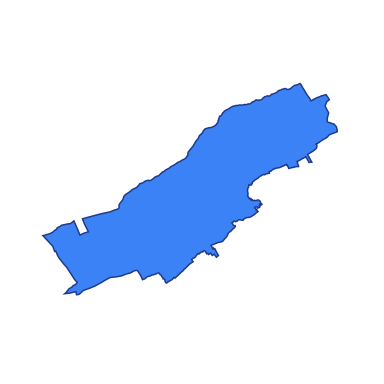 outline of Gherghesti, Vaslui, Romania, rotated 78°
{"feature_id": "2599482B70910765176420", "entity_name": "Gherghesti", "entity_type": "district", "adm_level": 2, "iso_a3": "ROU", "parent_name": "Romania", "parent_adm1": "Vaslui", "projection": "equal_earth", "projection_center": [27.522, 46.523], "detail": "fine", "context": "isolated", "style": "filled", "palette": "blue", "viewbox_px": 384, "rotation_deg": 78, "n_neighbors": 0, "source": "geoboundaries", "source_scale": "gbopen_adm2", "svg_char_len": 6058}
<svg xmlns="http://www.w3.org/2000/svg" viewBox="0 0 384 384"><g transform="rotate(78 192 192)"><path d="M268.5,326.3L268.6,325.0L268.5,323.7L268.3,323.0L266.0,319.2L265.4,316.7L264.9,312.3L263.8,306.6L261.6,299.1L260.5,296.2L258.6,289.9L259.3,283.1L259.4,277.9L258.6,273.8L258.4,269.5L258.0,267.6L257.4,266.3L257.1,264.9L257.1,263.1L257.3,262.1L257.6,261.6L263.2,259.5L267.5,258.6L267.0,255.8L266.1,254.5L265.5,252.9L265.5,250.6L264.8,248.2L265.0,247.3L264.6,243.9L264.1,242.7L264.2,241.4L266.3,240.3L266.9,239.5L268.8,239.0L269.5,238.3L271.0,238.4L271.2,237.4L271.6,237.0L272.8,236.8L274.1,236.9L274.6,236.7L275.7,236.1L275.7,235.5L274.9,233.9L273.6,229.8L272.6,228.3L271.7,227.4L272.7,226.5L269.3,220.9L268.3,219.5L268.3,219.2L267.6,218.1L267.5,217.6L266.4,216.2L266.0,216.1L265.8,215.2L262.0,209.3L260.7,206.2L260.6,205.6L260.5,205.4L257.9,206.4L257.0,204.6L256.9,203.5L256.6,202.7L253.4,199.0L254.2,198.2L253.6,197.5L253.5,196.9L252.8,195.8L252.7,195.3L252.8,193.9L252.4,193.9L252.3,193.4L251.9,192.9L252.3,191.6L255.6,190.4L255.2,189.3L256.6,188.8L255.7,186.6L258.3,185.4L257.5,183.2L260.9,181.7L259.6,179.3L256.6,180.3L252.1,181.5L252.2,182.6L251.2,182.8L251.7,183.5L248.1,184.4L247.1,178.2L246.8,177.3L246.9,175.2L246.8,172.8L246.4,172.0L244.4,169.5L243.0,167.4L240.7,165.5L240.1,165.3L239.4,164.5L238.3,161.9L237.5,161.1L237.0,159.9L236.4,159.5L236.1,159.0L236.0,158.3L234.9,156.9L234.5,156.7L233.9,156.8L233.3,158.2L233.0,158.5L231.1,159.0L230.5,159.5L229.9,157.9L229.2,157.0L229.1,156.5L230.1,155.7L230.0,155.3L230.0,154.3L228.8,151.9L230.3,148.0L229.5,147.2L229.0,146.2L228.6,144.9L228.4,143.6L228.7,142.0L228.5,139.5L227.7,137.4L227.1,136.5L227.2,135.9L225.9,133.8L225.6,132.9L224.9,131.5L223.7,132.1L223.6,132.6L223.2,132.8L223.1,132.4L222.9,132.3L221.6,133.3L220.3,134.0L219.7,133.2L219.6,132.5L220.2,131.4L221.4,131.3L221.1,129.3L221.0,128.9L220.4,128.6L220.1,128.8L220.1,129.1L219.3,129.0L219.2,127.2L218.6,126.1L218.1,126.3L218.0,127.9L217.7,128.7L217.6,128.0L217.2,127.2L216.3,127.0L214.8,127.5L213.6,128.7L213.5,128.9L213.6,131.5L213.4,132.6L213.1,132.7L213.1,133.1L213.1,133.9L213.0,134.2L212.2,134.5L212.2,135.0L212.4,135.7L212.3,135.8L212.1,135.9L211.9,135.5L211.2,135.4L210.4,136.0L210.7,137.9L210.4,137.5L209.9,137.4L208.8,137.7L208.5,137.8L208.4,138.3L207.8,138.4L206.3,137.8L205.6,137.9L205.1,137.5L202.0,137.5L201.5,137.0L200.8,137.0L199.6,136.6L199.5,135.8L196.8,135.0L196.8,134.7L197.1,134.1L197.1,133.6L197.5,133.3L197.4,132.3L197.0,132.0L196.5,132.1L196.4,131.6L196.0,131.1L195.1,131.1L194.5,129.8L193.4,128.1L192.4,125.2L192.2,124.5L191.5,123.7L190.7,122.0L190.6,121.1L189.8,119.2L189.7,118.0L190.2,117.8L190.2,117.2L189.9,116.7L189.7,115.0L189.8,114.1L189.6,113.6L189.8,112.4L189.0,112.3L188.3,112.4L187.9,111.2L187.9,110.0L187.3,109.4L186.5,107.2L186.3,106.0L186.4,105.4L186.1,104.9L186.3,103.6L186.3,100.8L185.8,98.9L185.7,97.8L185.3,97.4L185.5,97.0L185.4,96.6L184.6,94.5L184.5,94.3L185.4,94.1L185.2,93.7L185.3,93.3L187.8,92.7L189.1,92.5L188.9,88.7L189.1,87.1L188.8,85.3L189.0,83.7L189.4,82.9L189.2,82.4L184.0,82.9L183.8,81.9L183.1,79.2L182.4,77.4L181.8,75.0L181.4,74.1L181.0,73.6L183.8,72.5L187.4,71.4L187.7,68.6L179.2,71.2L178.3,68.3L177.2,65.2L176.3,63.2L175.3,61.6L174.6,60.9L173.0,60.2L171.9,60.1L171.0,60.8L170.7,60.7L170.5,58.9L167.8,52.5L167.1,49.7L166.4,48.3L164.7,45.9L164.4,44.9L163.4,37.9L163.1,37.3L160.3,37.1L158.0,37.3L155.0,39.0L154.0,41.1L153.0,42.5L152.0,44.4L151.7,44.8L151.0,45.0L148.0,44.4L143.1,41.9L135.8,43.9L135.4,43.9L131.9,41.5L131.3,40.7L130.6,39.0L130.1,38.4L124.6,40.7L124.9,44.2L124.9,45.5L125.4,47.5L125.7,50.1L126.2,52.2L127.0,54.2L126.8,54.4L127.1,54.8L127.6,56.6L124.4,57.6L121.7,58.9L118.8,60.0L114.6,61.4L112.4,62.3L110.8,62.6L108.3,63.7L109.0,66.8L109.1,69.8L111.4,74.4L111.7,75.8L111.5,77.5L111.2,78.1L110.3,78.7L110.1,79.7L110.3,81.6L110.2,82.7L110.8,84.2L110.7,86.1L111.1,86.9L111.8,87.7L112.5,89.5L113.0,93.4L112.9,94.0L113.8,94.9L114.3,96.5L113.6,98.3L113.9,99.7L114.0,101.2L114.5,102.0L114.4,102.4L115.2,103.5L115.6,103.7L116.2,105.5L116.3,106.6L115.9,107.3L116.2,108.1L115.3,109.8L115.3,110.6L116.0,111.7L116.5,114.1L117.0,115.3L117.8,116.5L117.9,117.3L117.5,118.7L117.9,120.4L117.3,122.7L117.5,124.9L116.8,127.0L116.8,128.3L117.0,129.4L116.7,129.9L116.5,130.9L116.7,131.4L116.6,133.2L116.7,134.4L117.6,137.4L118.5,139.2L118.8,141.4L119.2,142.0L119.3,142.8L119.6,143.1L119.8,143.7L121.0,145.1L121.0,145.5L123.1,147.1L123.4,147.8L123.6,149.3L125.3,150.0L125.5,150.4L125.9,150.7L127.0,150.9L127.4,151.6L128.4,151.7L128.9,152.0L129.8,152.7L129.9,153.2L130.8,153.7L130.9,154.2L131.3,154.4L131.4,154.9L132.3,156.3L132.4,157.5L132.7,158.5L132.9,160.2L132.7,162.4L132.9,166.0L133.9,167.1L134.1,167.8L136.4,169.6L138.0,172.4L138.6,173.2L140.6,174.5L143.2,177.7L147.7,181.8L151.9,187.2L153.1,187.9L154.4,188.3L155.2,188.3L156.1,189.7L157.2,190.5L158.1,192.3L158.4,193.4L158.4,193.8L158.7,194.4L158.8,195.3L159.7,197.4L160.1,199.8L161.8,203.6L162.8,207.3L163.9,209.3L165.2,213.8L166.2,215.1L166.2,216.3L167.7,219.0L169.1,221.0L169.4,224.0L169.6,224.9L171.2,227.9L172.2,230.3L172.1,231.0L171.6,231.8L171.4,233.2L171.6,234.3L171.5,234.6L171.7,235.9L172.6,237.4L172.9,239.3L173.0,239.6L172.9,240.2L173.1,240.7L173.0,241.2L173.2,241.6L174.4,242.8L176.0,245.1L177.3,250.3L178.1,251.2L179.8,255.3L180.4,256.9L180.9,258.0L182.5,259.9L184.2,260.6L185.4,261.6L188.3,265.1L189.4,265.9L190.3,266.3L191.4,266.3L192.1,266.5L193.1,267.7L193.3,268.5L193.6,272.3L194.2,274.9L194.4,277.1L194.4,285.7L195.4,304.7L200.5,303.9L209.4,301.6L209.8,306.3L210.8,310.5L195.7,313.5L197.2,316.5L197.7,317.8L197.4,319.9L197.4,326.7L198.2,327.9L198.5,329.8L199.2,331.6L200.0,331.8L200.9,334.0L202.4,336.7L203.2,339.8L203.6,344.2L203.7,346.9L216.0,339.5L221.5,338.7L221.2,338.0L221.3,337.6L225.9,336.7L228.4,336.0L236.2,332.2L240.1,330.0L253.5,324.9L256.5,323.1L257.7,324.3L258.4,325.5L258.5,326.2L258.8,326.5L258.7,327.1L258.9,327.9L259.7,328.6L260.0,329.3L261.3,332.9L262.1,333.5L262.7,334.5L264.1,335.9L265.0,337.6L265.5,332.9L265.4,326.3L268.5,326.3Z" fill="#3b82f6" stroke="#1e3a8a" stroke-width="1.5"/></g></svg>